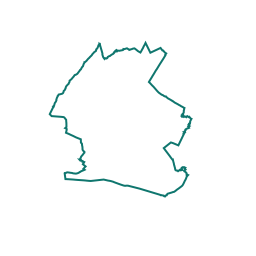 the district of San Matías Tlalancaleca, Puebla, Mexico, rotated 134°
{"feature_id": "50627088B22492462361378", "entity_name": "San Matías Tlalancaleca", "entity_type": "district", "adm_level": 2, "iso_a3": "MEX", "parent_name": "Mexico", "parent_adm1": "Puebla", "projection": "albers", "projection_center": [-98.505, 19.351], "detail": "fine", "context": "isolated", "style": "outline", "palette": "teal", "viewbox_px": 256, "rotation_deg": 134, "n_neighbors": 0, "source": "geoboundaries", "source_scale": "gbopen_adm2", "svg_char_len": 5593}
<svg xmlns="http://www.w3.org/2000/svg" viewBox="0 0 256 256"><g transform="rotate(134 128 128)"><path d="M153.5,57.6L153.2,57.5L153.0,57.1L152.4,56.2L152.1,55.8L151.8,55.3L152.0,54.7L151.8,54.2L151.6,54.0L151.3,53.7L150.5,53.9L149.7,53.8L149.4,53.5L149.1,53.7L148.5,53.7L147.9,53.9L144.5,52.0L144.0,51.7L143.1,51.3L141.9,50.5L139.9,50.1L139.3,50.1L137.5,49.8L137.1,49.7L136.7,49.6L133.5,49.1L131.8,48.9L131.0,49.0L129.2,49.5L126.3,50.5L125.3,50.7L124.5,51.0L123.9,51.2L122.9,51.7L122.4,51.9L122.0,52.0L121.7,52.0L120.7,52.1L120.1,52.1L120.2,52.4L120.9,52.7L121.1,52.8L121.2,53.0L120.8,53.4L120.5,53.8L120.4,54.1L119.9,54.3L119.7,54.9L119.7,56.2L119.9,56.9L120.0,57.3L120.0,57.6L119.7,58.0L117.9,57.7L117.7,59.2L116.8,59.2L117.0,59.8L117.0,60.1L117.3,60.5L117.6,60.8L118.1,61.4L118.7,61.6L119.5,61.7L120.2,61.2L121.1,61.2L121.2,60.8L120.2,60.1L120.5,59.8L121.9,60.7L122.5,61.5L122.4,61.7L124.3,62.0L124.3,62.8L125.1,63.8L125.2,64.9L123.9,66.8L123.3,67.9L123.0,68.3L122.5,69.3L121.6,70.5L120.8,71.9L119.8,73.4L120.0,73.4L119.5,76.8L119.2,78.3L118.4,83.4L118.2,84.7L118.2,84.8L117.6,88.3L108.6,87.1L107.6,85.1L106.2,81.5L105.5,79.7L102.2,80.8L99.1,81.8L96.1,82.8L92.6,83.9L92.7,84.0L91.7,84.0L91.9,84.9L91.1,84.5L90.7,84.8L90.7,85.0L90.2,85.0L89.4,85.1L89.2,85.6L88.2,85.4L87.6,85.2L86.4,84.6L85.5,84.2L85.2,85.5L84.8,85.3L84.3,85.2L84.4,85.4L83.2,86.0L83.5,86.4L84.2,86.7L84.5,87.1L84.0,86.8L83.8,86.8L82.3,86.6L82.2,87.0L81.5,86.7L80.8,87.2L80.8,87.3L79.8,88.0L77.4,88.7L77.6,89.1L77.4,91.6L77.9,91.6L78.3,93.6L79.7,93.6L79.7,94.0L79.8,94.0L80.1,94.8L80.3,95.3L80.6,95.6L80.6,95.3L81.0,95.4L80.7,96.4L81.7,96.3L81.9,96.6L82.4,96.9L82.3,97.7L82.1,97.7L81.4,98.3L81.2,98.2L80.9,98.1L80.7,98.0L80.3,97.8L80.0,97.9L80.0,98.0L80.1,98.3L80.0,98.5L78.7,98.5L78.3,98.6L77.7,99.0L77.2,99.6L76.5,100.1L75.9,100.3L75.2,101.0L74.9,101.1L74.4,101.3L74.6,101.9L74.9,103.2L75.5,105.2L75.6,106.0L76.0,107.3L76.3,108.7L77.3,112.2L77.4,113.3L77.8,115.1L77.7,115.1L78.0,116.3L78.3,117.5L79.0,120.1L79.0,120.4L79.0,120.6L79.0,121.2L79.1,121.9L79.1,122.3L79.0,122.7L79.3,122.9L79.6,123.3L79.7,123.6L79.9,124.1L80.2,126.0L80.5,126.5L80.6,126.9L80.7,127.0L81.1,130.0L81.2,130.4L81.1,132.8L80.6,138.3L80.6,140.2L80.4,143.3L80.4,144.9L79.6,145.1L78.7,145.3L73.8,146.4L73.6,146.5L72.0,146.8L70.3,147.2L67.0,148.0L66.0,148.1L60.2,149.4L53.2,150.8L50.6,151.4L49.7,151.6L49.6,152.0L47.8,152.3L48.1,153.9L47.9,155.9L47.9,156.8L48.3,157.1L47.9,159.8L47.8,160.2L58.3,164.2L57.6,166.2L57.3,167.0L54.6,174.5L56.7,173.8L58.4,173.4L60.0,172.8L61.6,172.4L64.1,171.7L65.1,171.5L65.8,174.3L65.9,176.0L66.2,178.6L67.3,179.5L68.9,180.2L69.2,180.5L70.0,180.8L70.9,181.3L70.7,181.7L71.1,182.6L71.4,184.1L74.1,185.6L74.4,186.2L75.5,185.8L76.8,186.7L77.3,187.1L78.4,187.8L79.5,189.2L80.6,189.1L81.3,189.9L79.1,190.4L81.4,190.7L82.2,190.6L82.7,190.3L83.6,190.2L83.6,190.5L85.1,190.2L86.5,190.7L88.2,191.0L88.7,191.0L89.5,191.5L91.0,191.9L92.0,191.5L92.9,191.7L93.2,192.4L93.7,192.5L94.1,193.5L94.6,193.2L94.6,193.5L94.2,195.2L93.0,197.4L92.2,198.1L90.5,201.0L89.6,202.6L87.8,205.7L87.1,206.6L87.4,206.8L87.4,207.1L87.8,206.8L89.2,206.7L89.6,206.2L90.4,206.0L91.4,205.7L92.0,205.4L92.4,205.4L93.1,205.5L93.4,205.5L93.8,205.3L93.9,205.2L94.3,205.0L94.4,204.8L94.8,204.6L95.5,204.7L96.5,204.9L97.0,205.0L98.1,204.9L99.7,204.9L100.9,204.6L103.7,204.7L104.1,204.6L104.6,204.6L105.1,204.7L106.5,204.7L108.6,204.5L109.4,204.6L110.6,204.7L110.9,205.0L111.2,204.7L112.4,204.5L114.9,203.3L116.4,203.3L118.6,202.6L119.4,202.8L120.2,202.6L124.2,202.1L125.0,202.3L125.8,202.5L126.2,202.6L126.6,203.0L127.4,203.1L128.2,202.9L128.7,202.8L129.7,202.8L132.3,202.6L134.5,202.9L135.4,202.1L136.7,201.8L137.4,201.4L138.6,201.5L141.0,201.4L141.7,201.1L142.1,201.0L142.5,200.6L143.0,200.4L143.6,200.3L143.8,200.1L144.0,200.1L144.6,199.9L145.2,199.9L145.6,200.0L145.9,200.0L146.3,199.8L147.3,199.2L147.7,199.1L148.2,199.0L148.8,199.1L149.1,199.2L150.8,200.2L151.8,200.9L152.1,201.1L152.4,201.0L152.9,200.9L153.2,200.8L153.5,200.8L153.5,200.7L154.4,200.5L155.9,200.0L156.6,199.6L157.2,199.4L157.7,198.8L159.2,198.2L160.2,198.1L160.8,198.0L161.7,197.6L162.6,197.0L164.0,196.7L164.4,196.8L164.4,196.2L165.4,196.1L165.9,196.0L172.4,193.9L172.5,191.2L166.2,183.6L164.9,181.9L164.7,181.2L164.7,180.6L164.9,179.9L165.0,178.3L166.8,176.3L167.0,176.0L168.2,174.8L168.9,174.1L170.0,173.0L171.7,173.1L171.2,171.7L171.8,170.9L174.5,169.3L173.4,166.5L172.6,164.1L171.8,161.9L171.3,160.3L170.9,159.0L169.9,156.5L168.9,154.1L171.2,151.7L171.3,151.1L171.2,150.6L171.3,150.3L171.4,150.1L171.6,149.8L171.9,149.6L172.5,148.8L173.3,147.6L175.2,145.6L175.5,144.4L175.4,142.8L175.5,142.6L176.1,142.2L176.7,142.3L177.1,142.2L178.4,142.0L179.7,141.9L180.5,141.9L181.5,141.7L181.9,141.5L182.6,141.2L183.9,141.0L183.5,139.9L183.6,139.7L183.9,139.7L184.5,140.7L184.6,139.8L184.4,139.4L184.2,139.2L183.3,137.8L183.9,137.3L182.9,135.8L183.1,135.7L183.8,135.6L185.4,135.3L185.1,131.8L186.7,131.8L187.5,131.7L188.4,131.7L188.2,130.2L189.0,130.5L189.2,130.8L189.6,130.8L190.0,130.9L190.8,131.3L191.7,131.7L192.5,131.8L192.8,132.0L193.1,132.0L193.4,132.2L193.9,132.2L195.1,132.6L196.5,133.4L197.2,134.0L198.2,135.3L198.7,135.9L199.2,137.0L200.2,138.3L201.1,139.6L201.9,140.7L202.6,141.2L203.3,141.5L203.7,141.5L204.1,141.8L204.4,142.2L204.6,142.1L208.2,137.5L207.5,136.7L206.6,135.7L203.3,131.8L200.8,128.7L196.0,123.0L193.9,120.3L192.0,118.0L182.0,109.7L179.6,105.7L179.0,104.9L178.0,103.3L176.9,101.2L176.6,100.3L174.7,96.0L173.7,93.8L172.4,91.1L171.6,89.9L170.8,89.3L170.0,88.5L169.6,88.1L163.6,77.6L153.8,58.6L153.7,57.9L153.5,57.6Z" fill="none" stroke="#0f766e" stroke-width="2"/></g></svg>